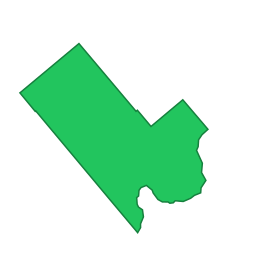 the district of Ellis, Oklahoma, United States of America, rotated 320°
{"feature_id": "52423323B61060611937313", "entity_name": "Ellis", "entity_type": "district", "adm_level": 2, "iso_a3": "USA", "parent_name": "United States of America", "parent_adm1": "Oklahoma", "projection": "equal_earth", "projection_center": [-99.742, 36.218], "detail": "fine", "context": "isolated", "style": "filled", "palette": "green", "viewbox_px": 256, "rotation_deg": 320, "n_neighbors": 0, "source": "geoboundaries", "source_scale": "gbopen_adm2", "svg_char_len": 677}
<svg xmlns="http://www.w3.org/2000/svg" viewBox="0 0 256 256"><g transform="rotate(320 128 128)"><path d="M67.8,31.6L67.6,55.6L68.3,55.6L68.1,169.5L68.1,214.4L73.6,212.4L76.0,209.5L82.7,206.0L86.5,200.0L85.2,195.3L86.0,192.3L89.9,186.9L92.4,186.9L96.4,182.8L99.7,182.0L105.2,183.8L106.6,191.1L105.5,194.0L105.0,202.0L106.8,206.7L111.1,210.4L111.7,212.5L114.6,214.4L117.4,214.1L123.1,219.8L130.8,222.1L135.6,222.3L142.0,224.4L145.5,220.8L154.0,218.2L155.7,209.4L162.3,202.8L166.1,189.2L169.7,187.4L174.5,182.4L180.4,180.7L188.4,180.4L188.1,141.6L146.6,141.6L146.6,120.4L144.9,120.4L144.7,38.7L144.7,31.8L67.8,31.6Z" fill="#22c55e" stroke="#15803d" stroke-width="1.5"/></g></svg>